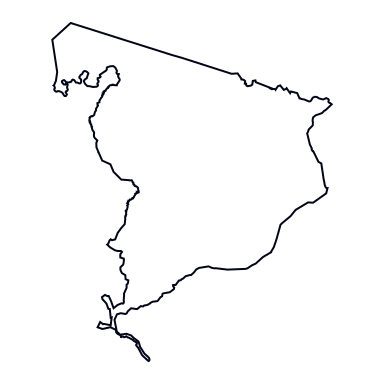 outline of Lizuma pag., Gulbene, Latvia
{"feature_id": "27541924B17941209046703", "entity_name": "Lizuma pag.", "entity_type": "district", "adm_level": 2, "iso_a3": "LVA", "parent_name": "Latvia", "parent_adm1": "Gulbene", "projection": "albers", "projection_center": [26.315, 57.198], "detail": "fine", "context": "isolated", "style": "outline", "palette": "ink", "viewbox_px": 384, "rotation_deg": 0, "n_neighbors": 0, "source": "geoboundaries", "source_scale": "gbopen_adm2", "svg_char_len": 5799}
<svg xmlns="http://www.w3.org/2000/svg" viewBox="0 0 384 384"><path d="M327.5,188.1L326.8,188.2L325.9,187.6L325.2,186.3L324.7,184.7L324.1,181.0L323.8,180.2L321.3,163.4L318.5,161.9L313.2,151.1L312.6,151.1L311.8,149.7L311.6,149.0L311.8,148.4L309.9,144.6L307.2,133.4L308.5,130.5L308.6,129.6L312.3,125.9L312.8,125.1L312.9,122.1L312.6,121.0L312.7,119.2L313.2,117.3L315.5,115.4L322.0,113.1L324.5,110.5L325.4,110.3L331.7,104.3L330.6,103.3L329.3,102.8L328.5,102.0L328.4,101.7L328.8,100.0L328.2,99.0L326.2,98.1L323.5,99.4L322.3,99.3L319.0,98.4L316.9,97.0L314.7,96.8L312.8,97.7L310.8,100.9L309.9,101.4L308.8,101.4L304.4,99.5L301.4,99.0L300.2,98.3L299.5,98.4L297.2,93.1L291.0,91.5L290.1,93.2L286.6,88.2L286.1,88.8L283.8,89.9L280.2,85.4L277.8,86.3L275.6,89.7L275.4,89.3L274.1,88.9L271.7,89.2L270.4,88.5L271.0,88.1L255.8,82.2L255.4,80.4L252.8,80.9L252.3,84.6L250.8,85.6L247.7,86.2L246.6,85.7L246.1,84.9L246.1,83.7L244.8,83.6L245.2,81.2L244.4,80.3L243.3,79.7L241.4,79.4L241.5,78.9L237.6,73.4L231.6,73.8L181.1,57.6L171.9,55.0L70.7,23.0L52.3,39.7L57.2,72.1L55.9,80.9L54.0,85.3L53.7,85.5L54.1,85.8L54.8,87.5L54.8,88.3L54.2,89.2L54.3,89.8L54.7,90.7L56.2,91.7L56.7,91.7L57.7,91.1L58.8,91.1L61.1,91.9L62.6,93.0L63.7,95.0L64.6,96.0L65.9,96.0L66.9,94.5L65.6,92.1L66.1,91.3L67.3,90.8L67.7,89.9L67.8,89.5L67.1,87.8L67.1,86.9L67.7,84.9L67.0,84.2L65.8,83.9L65.7,84.3L65.3,84.6L63.9,84.5L62.2,82.7L61.9,81.7L61.9,81.2L63.4,80.2L64.1,80.1L64.7,80.5L66.0,82.0L68.1,82.6L71.1,81.8L72.3,79.8L72.8,79.6L74.2,80.1L75.9,82.5L77.0,82.5L79.2,83.4L80.4,83.3L80.8,82.8L81.1,82.0L81.1,79.5L79.4,77.8L79.3,77.0L80.7,74.9L82.2,74.0L83.1,72.1L83.9,71.3L84.8,71.0L86.5,71.5L88.2,73.0L88.4,73.5L87.5,75.8L86.7,78.3L85.2,79.2L84.0,80.6L83.8,81.0L84.0,81.6L85.0,83.8L87.4,86.1L89.8,86.2L92.9,87.0L96.6,86.7L97.6,86.1L98.0,85.1L97.3,83.9L98.1,82.2L98.5,81.9L98.6,81.0L97.6,79.5L97.7,78.1L99.8,77.6L100.3,77.2L100.6,76.6L99.8,75.5L99.8,74.8L106.3,70.4L106.8,69.4L106.8,67.7L107.3,67.2L110.3,66.3L113.4,66.1L115.3,67.6L117.0,71.0L116.4,72.4L116.7,73.3L117.3,74.0L118.8,74.1L118.1,75.8L118.1,76.3L118.5,77.4L119.6,79.1L119.7,79.6L119.6,80.4L117.0,84.4L116.8,85.3L114.6,85.2L113.3,84.7L113.0,85.0L112.2,84.7L111.8,85.1L110.0,85.3L109.0,86.2L109.0,86.5L108.6,86.6L108.5,87.1L108.0,87.2L107.9,88.0L107.4,88.0L105.7,90.0L105.7,90.6L104.2,91.2L104.4,91.5L104.0,91.7L104.0,92.1L103.7,92.1L103.8,92.4L103.7,93.2L103.3,93.2L103.3,93.8L102.9,93.7L103.0,94.1L102.8,94.1L102.7,94.9L102.4,94.9L102.4,95.4L102.1,95.6L102.3,96.2L102.1,96.8L101.2,97.8L99.5,100.6L99.4,102.3L97.4,103.1L97.4,103.6L97.8,105.0L97.6,105.1L97.9,105.7L95.9,109.0L96.0,110.5L94.9,112.0L94.2,114.9L92.5,116.3L91.7,116.1L90.2,116.8L90.2,117.4L89.5,117.8L89.7,118.7L89.3,120.1L89.5,121.3L89.6,121.9L90.0,121.7L90.0,122.6L90.4,122.7L90.4,123.7L91.1,124.3L91.0,124.8L91.4,125.2L91.5,126.8L92.0,127.0L91.9,127.7L92.3,129.7L94.1,132.4L93.9,136.1L94.0,136.5L94.7,137.9L97.3,140.5L96.5,142.3L96.3,143.7L96.5,147.5L98.2,151.4L98.3,152.2L98.5,152.2L102.2,160.6L110.4,164.3L113.6,171.9L121.3,179.6L129.4,180.2L129.9,180.5L131.7,180.2L132.4,181.3L132.4,181.9L133.4,182.7L133.5,183.1L133.2,183.7L133.5,184.5L134.4,184.8L134.4,185.4L134.6,185.8L134.9,186.1L136.3,186.3L137.8,187.6L138.0,188.1L138.3,190.8L138.7,191.1L138.7,191.7L138.2,191.4L138.1,191.8L137.6,191.8L138.0,192.2L137.9,192.6L137.4,192.5L137.3,192.9L136.8,193.0L136.7,193.3L136.2,193.5L136.2,193.1L135.3,193.7L135.6,194.2L134.2,196.2L134.2,196.5L133.8,197.3L133.1,197.7L133.2,198.2L132.9,198.5L132.2,198.2L132.1,198.4L132.3,198.6L131.0,199.6L129.8,199.6L129.7,200.3L129.0,200.9L128.6,200.8L128.6,201.2L128.0,201.4L128.2,202.1L127.7,202.4L128.0,202.9L127.6,203.2L127.9,203.3L127.7,203.9L128.0,204.3L127.8,204.4L127.9,204.6L127.6,205.3L127.2,205.6L127.7,206.8L126.9,209.7L125.9,210.5L126.2,211.0L125.9,211.3L126.3,211.7L126.0,213.4L126.3,214.5L125.4,215.9L125.7,216.1L125.1,217.3L125.3,218.5L124.7,224.2L121.1,228.2L117.7,232.9L115.2,239.4L112.0,240.2L110.7,239.3L109.6,240.4L108.2,243.7L107.2,244.6L110.3,247.5L114.8,250.2L117.6,251.0L121.0,251.0L122.0,251.9L120.3,254.3L120.3,257.5L123.8,258.6L123.9,260.0L123.6,263.0L123.2,264.6L120.4,267.3L120.4,269.6L120.9,271.1L121.9,273.1L125.3,275.1L125.6,279.2L128.3,280.3L128.1,282.3L127.6,283.9L126.6,284.6L126.6,287.8L124.0,293.6L124.1,295.1L123.7,300.4L123.9,301.7L123.7,302.9L123.0,303.6L121.6,303.3L117.5,305.0L113.6,308.2L111.0,301.0L108.7,296.0L107.3,296.1L105.0,294.9L102.0,297.1L102.4,299.1L106.4,303.5L108.4,308.9L109.8,309.1L110.7,317.8L111.7,317.4L110.7,325.2L103.9,323.9L103.1,324.2L100.2,322.0L97.6,327.3L102.5,329.0L110.4,327.2L115.5,329.7L115.9,330.2L116.2,332.3L116.8,333.0L117.9,334.1L119.5,334.7L120.5,335.5L121.0,336.5L120.9,337.9L121.3,336.5L121.9,336.8L123.1,336.6L124.0,337.2L125.6,336.8L126.2,336.3L127.7,337.4L128.7,337.6L132.9,339.9L133.5,340.7L135.9,342.1L136.9,343.0L136.8,343.9L136.2,344.7L136.2,345.4L138.2,347.8L142.2,355.3L148.0,360.7L148.7,361.0L149.1,360.7L149.5,359.9L149.4,358.9L148.9,357.8L147.8,356.6L144.4,353.6L140.2,347.0L138.5,341.5L133.9,338.1L131.0,335.3L126.4,333.8L120.2,334.7L116.8,331.6L114.5,319.8L117.0,314.3L120.8,313.2L125.3,314.0L126.7,313.4L127.7,311.4L131.1,308.3L137.1,309.1L140.8,306.1L143.2,306.4L144.1,305.5L146.8,305.1L148.0,304.6L150.2,303.3L150.3,302.9L152.7,301.7L157.5,301.1L160.6,297.1L162.1,296.3L162.5,293.9L163.2,293.4L169.8,292.2L173.9,289.1L174.2,287.6L173.2,286.4L173.0,285.1L175.7,284.9L178.8,280.6L180.8,280.2L181.5,279.3L183.2,278.5L185.6,276.2L190.0,275.0L191.0,275.1L193.7,272.7L196.3,269.4L199.1,267.9L208.5,266.4L212.0,267.9L214.8,268.4L215.7,268.2L227.4,269.6L245.5,268.9L247.5,268.3L252.0,265.3L255.7,263.6L263.0,257.0L271.0,252.3L270.9,252.1L273.8,247.2L276.4,239.6L280.5,224.8L281.7,223.5L290.6,216.1L295.6,209.9L308.1,202.4L313.1,202.7L326.2,193.4L327.5,188.1Z" fill="none" stroke="#020617" stroke-width="2"/></svg>